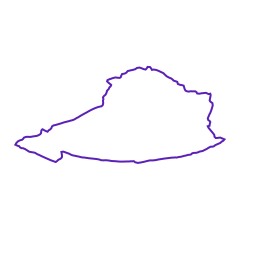 Uriri, Nyanza, Kenya (Equal Earth projection), rotated 120°
{"feature_id": "3690345B30579177198917", "entity_name": "Uriri", "entity_type": "district", "adm_level": 2, "iso_a3": "KEN", "parent_name": "Kenya", "parent_adm1": "Nyanza", "projection": "equal_earth", "projection_center": [34.454, -0.944], "detail": "fine", "context": "isolated", "style": "outline", "palette": "violet", "viewbox_px": 256, "rotation_deg": 120, "n_neighbors": 0, "source": "geoboundaries", "source_scale": "gbopen_adm2", "svg_char_len": 3470}
<svg xmlns="http://www.w3.org/2000/svg" viewBox="0 0 256 256"><g transform="rotate(120 128 128)"><path d="M129.2,71.0L127.8,69.6L126.7,68.1L125.6,66.9L124.4,65.8L122.8,64.0L121.3,62.6L120.4,61.3L119.4,60.2L117.7,59.7L116.5,58.3L115.6,56.8L114.2,55.3L112.6,54.2L111.6,53.0L110.7,52.0L109.6,51.2L108.3,50.4L107.2,49.6L106.1,49.0L104.6,48.2L102.9,47.1L101.7,45.2L100.7,44.4L99.1,43.8L97.6,42.7L96.0,41.5L94.7,40.6L93.0,40.1L91.4,39.1L89.6,38.8L90.0,41.7L90.1,43.1L91.0,44.5L91.9,45.6L92.8,47.0L92.4,48.6L90.7,50.0L90.4,50.8L89.6,52.8L89.0,54.6L88.2,56.6L87.6,58.3L86.6,59.8L85.3,58.5L84.4,58.9L83.0,59.4L81.7,59.7L81.1,60.8L81.0,62.4L80.0,63.6L78.6,63.9L76.9,64.1L75.4,64.3L73.8,64.3L71.8,64.6L70.4,64.9L69.4,65.1L68.8,65.2L67.8,65.5L67.3,65.6L65.9,66.0L64.2,67.4L64.0,69.8L63.4,71.0L62.3,71.4L61.2,71.8L59.7,72.3L58.1,72.9L57.2,73.9L58.3,75.1L58.6,78.1L59.9,79.9L61.2,81.7L62.3,83.0L62.7,83.5L63.2,84.7L63.5,85.4L62.7,86.6L62.6,88.1L63.7,89.9L64.9,92.2L66.1,93.6L66.7,95.1L66.9,96.9L65.8,98.6L64.5,99.9L63.5,101.0L63.9,102.7L64.6,104.5L64.9,106.9L63.4,108.4L63.5,109.2L64.2,112.4L63.9,112.9L63.7,113.6L63.5,115.3L63.8,117.7L63.9,120.2L63.4,122.6L62.8,124.7L63.0,127.1L63.2,129.8L63.5,131.8L63.6,132.6L64.6,135.1L65.7,136.3L64.9,137.7L64.2,139.3L65.3,141.6L67.2,141.6L68.6,142.0L69.2,144.1L69.5,146.2L69.9,148.3L71.6,150.3L73.6,151.2L74.0,151.7L75.0,152.6L75.3,152.9L76.7,154.5L78.9,156.8L80.6,157.0L82.0,157.7L83.0,158.6L84.2,160.1L86.3,160.0L87.7,159.7L88.7,160.2L89.6,161.9L90.2,163.5L90.6,164.3L91.2,164.9L92.4,166.1L93.0,166.7L93.6,167.1L94.7,168.2L95.3,168.6L95.8,169.0L96.8,169.7L98.1,169.4L98.5,167.7L98.8,166.0L98.9,165.0L99.1,164.1L100.6,163.9L102.1,164.4L103.9,164.2L106.1,164.8L108.4,164.2L110.4,164.1L112.2,164.8L114.0,165.0L115.3,163.7L116.8,163.4L118.7,162.0L120.7,161.3L122.4,161.8L124.6,164.2L126.7,166.0L129.1,167.8L130.6,168.8L131.8,169.6L133.8,170.8L135.4,171.7L137.9,173.3L141.5,175.4L143.6,176.5L145.1,177.5L147.0,178.5L148.4,179.5L149.5,180.5L150.4,181.5L151.5,182.5L155.1,186.2L157.8,188.6L160.3,191.0L161.8,192.4L163.0,193.8L164.6,194.6L166.5,194.3L168.2,194.7L169.8,195.6L171.1,195.7L171.5,195.9L171.8,198.5L171.8,200.0L171.8,200.9L171.9,201.5L173.4,201.8L174.6,201.3L176.2,200.7L177.7,201.1L179.0,201.9L180.3,202.9L181.6,204.5L182.9,206.2L184.0,207.4L185.0,208.9L185.8,210.5L186.8,212.0L188.4,213.3L190.0,213.4L191.2,213.9L192.7,215.4L194.5,216.6L197.0,217.2L198.8,217.2L198.6,214.7L198.2,213.3L198.8,211.6L198.7,210.1L198.0,208.9L197.7,206.5L197.8,204.1L197.9,201.6L196.8,198.5L196.5,197.8L196.0,196.3L196.0,194.4L196.0,193.8L196.0,193.1L195.8,191.8L195.7,190.6L195.5,187.8L194.5,178.4L194.2,177.0L193.9,175.2L193.6,173.6L192.1,172.9L190.9,172.6L190.3,172.4L188.9,171.4L188.4,171.1L187.2,170.7L186.6,170.6L185.7,170.9L185.0,171.3L184.2,171.9L183.7,172.3L182.0,173.7L180.8,172.2L180.4,170.1L180.1,168.3L179.7,166.2L179.6,163.4L179.2,161.8L178.6,160.1L178.0,158.1L177.5,156.8L176.8,154.3L176.4,153.0L175.4,151.0L174.2,148.0L173.6,146.4L172.9,144.9L171.9,142.7L170.6,139.7L169.6,137.0L169.3,135.1L168.1,132.8L167.1,131.3L166.4,129.8L165.6,128.0L164.7,125.5L163.5,123.2L161.9,119.8L161.0,117.9L160.0,116.2L159.0,114.6L157.3,111.8L156.2,110.0L155.2,108.6L154.8,107.9L154.3,107.0L153.8,106.4L154.1,104.7L153.3,102.0L151.3,99.5L149.5,97.5L147.9,95.8L146.7,94.6L145.0,92.7L143.9,90.7L142.0,88.0L140.4,86.3L138.6,84.1L136.9,82.0L135.2,79.8L133.6,77.6L132.0,75.6L130.8,73.7L129.8,72.3L129.2,71.0Z" fill="none" stroke="#5b21b6" stroke-width="2"/></g></svg>